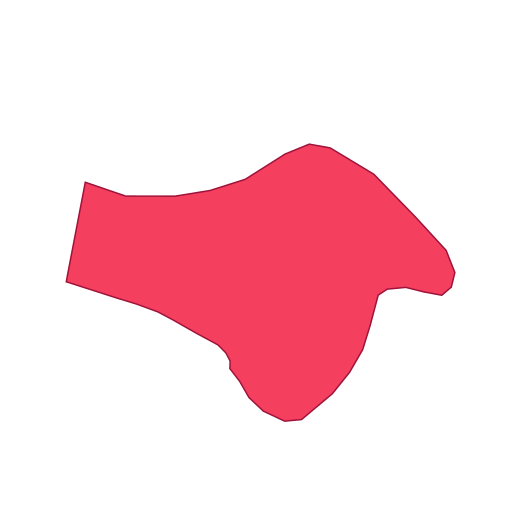 Madeinat Al Gedaref, Gedarif, Sudan (Equal Earth projection), rotated 120°
{"feature_id": "16777658B2948733564305", "entity_name": "Madeinat Al Gedaref", "entity_type": "district", "adm_level": 2, "iso_a3": "SDN", "parent_name": "Sudan", "parent_adm1": "Gedarif", "projection": "equal_earth", "projection_center": [35.386, 14.026], "detail": "fine", "context": "isolated", "style": "filled", "palette": "rose", "viewbox_px": 512, "rotation_deg": 120, "n_neighbors": 0, "source": "geoboundaries", "source_scale": "gbopen_adm2", "svg_char_len": 658}
<svg xmlns="http://www.w3.org/2000/svg" viewBox="0 0 512 512"><g transform="rotate(120 256 256)"><path d="M373.2,407.4L361.7,354.2L357.4,335.6L353.5,313.2L352.9,297.2L352.7,268.4L352.0,244.5L355.0,233.6L359.9,225.9L366.6,222.3L372.7,207.5L382.1,191.3L386.7,172.0L384.7,148.6L374.9,134.8L337.0,121.0L309.8,116.8L283.7,116.8L259.1,122.4L228.8,130.6L219.1,125.8L208.3,110.6L203.2,92.7L197.1,75.5L185.3,71.3L170.9,75.5L156.1,94.1L142.7,136.8L126.3,194.8L125.3,245.8L132.5,265.8L153.0,281.7L195.0,303.7L222.2,328.5L244.7,356.1L262.9,387.7L269.3,398.9L273.9,422.3L277.5,440.7L366.2,409.9L373.2,407.4Z" fill="#f43f5e" stroke="#9f1239" stroke-width="1.5"/></g></svg>